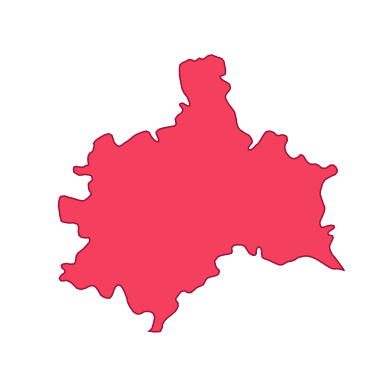 Orsha, Vitebsk, Belarus (Albers equal-area conic projection), rotated 79°
{"feature_id": "67162791B52368794321360", "entity_name": "Orsha", "entity_type": "district", "adm_level": 2, "iso_a3": "BLR", "parent_name": "Belarus", "parent_adm1": "Vitebsk", "projection": "albers", "projection_center": [30.362, 54.544], "detail": "fine", "context": "isolated", "style": "filled", "palette": "rose", "viewbox_px": 384, "rotation_deg": 79, "n_neighbors": 0, "source": "geoboundaries", "source_scale": "gbopen_adm2", "svg_char_len": 5319}
<svg xmlns="http://www.w3.org/2000/svg" viewBox="0 0 384 384"><g transform="rotate(79 192 192)"><path d="M320.4,260.7L321.8,256.5L322.7,252.3L322.7,249.6L319.2,247.0L316.4,246.3L313.2,243.6L311.1,240.7L308.9,236.4L306.2,231.5L304.3,229.4L301.6,227.5L298.2,226.9L296.3,228.1L293.8,228.6L292.0,226.5L289.1,223.5L288.0,221.9L287.4,219.8L287.9,217.3L289.4,216.3L290.1,215.1L290.5,212.1L288.2,208.1L286.7,205.4L285.7,200.8L285.0,198.5L282.6,196.5L280.5,194.8L279.0,192.0L278.8,188.6L278.8,186.7L278.6,184.1L277.8,181.9L275.3,180.3L273.5,180.6L271.2,182.4L267.2,183.0L263.8,182.9L260.6,178.8L260.0,176.5L259.8,174.1L259.8,171.9L259.9,167.5L259.7,165.1L258.3,163.9L256.6,163.9L254.6,163.8L253.0,162.4L252.4,160.5L252.3,158.7L252.8,156.1L253.3,153.8L255.2,150.7L260.1,148.7L263.4,147.3L265.7,144.4L266.0,142.0L264.7,140.7L262.0,140.2L259.5,138.9L258.5,136.7L259.7,135.5L261.1,135.0L263.2,134.9L265.1,135.4L269.6,135.5L271.2,133.8L273.8,129.3L275.6,127.0L277.2,124.8L279.4,121.5L280.4,119.7L280.5,116.7L279.5,113.9L278.7,111.2L278.9,108.2L278.3,104.3L276.6,100.5L276.4,97.0L276.4,93.3L277.1,90.4L278.3,87.6L281.4,82.9L286.0,77.9L289.5,74.3L292.2,71.4L294.1,68.9L294.7,66.4L295.3,62.9L297.7,57.9L294.6,58.9L292.1,60.3L290.5,60.9L288.0,62.1L286.0,63.2L284.1,64.0L280.4,66.2L277.4,67.0L275.5,67.5L273.5,67.6L271.6,67.4L270.4,66.7L268.6,65.6L267.6,64.7L266.1,63.6L264.6,62.6L263.0,62.1L261.8,62.5L260.9,64.6L259.9,66.0L258.7,66.6L257.5,65.7L256.7,64.6L256.3,63.3L255.7,61.8L254.7,59.9L253.6,58.9L252.3,59.1L251.4,60.8L251.1,63.0L251.1,64.9L251.4,67.7L251.8,69.8L251.1,71.9L248.3,72.5L246.3,72.3L244.6,71.5L242.9,70.2L240.0,68.2L237.3,66.4L235.1,65.3L233.3,64.9L231.9,64.7L229.0,65.4L225.3,65.8L222.4,66.3L218.5,66.6L215.9,65.9L213.3,64.8L211.9,63.9L208.6,62.4L207.3,60.9L205.5,59.3L204.5,56.9L203.8,55.0L203.2,52.9L202.5,50.1L202.3,48.5L201.3,47.0L200.0,45.7L197.5,45.3L195.0,46.1L192.5,47.9L192.1,51.1L193.1,53.6L194.2,55.8L193.7,58.7L192.8,60.6L191.6,61.3L190.4,62.4L189.0,63.8L188.1,65.7L187.9,67.6L187.3,70.2L186.4,71.5L185.1,72.7L183.3,73.7L181.2,74.6L178.1,75.6L176.5,77.4L176.3,79.0L177.6,80.4L178.6,83.0L178.8,85.4L177.9,87.6L176.6,89.0L174.7,90.3L171.3,92.1L168.2,92.5L165.3,92.3L163.4,91.5L161.3,90.0L159.7,88.6L156.1,88.4L154.6,89.3L153.1,92.4L153.2,95.0L152.8,97.8L149.5,100.1L147.8,102.5L146.9,104.7L147.0,107.6L148.3,109.5L150.7,111.9L153.3,114.0L155.1,115.8L157.4,118.2L158.4,120.4L160.4,123.0L161.8,125.8L161.7,127.5L161.2,128.5L158.8,127.9L157.3,126.4L155.9,124.7L154.7,123.4L152.1,123.2L149.5,124.1L147.1,125.3L144.9,128.3L141.6,131.6L140.0,133.1L138.4,134.0L136.0,134.7L134.1,134.9L132.0,134.9L128.7,134.7L125.4,134.8L121.7,135.0L119.7,135.8L117.0,137.1L113.7,138.8L109.7,140.4L107.5,140.9L105.6,141.2L103.3,140.4L101.6,138.8L99.8,136.5L98.0,134.8L95.7,134.5L93.5,134.6L92.3,135.7L90.5,137.6L88.4,140.1L87.0,141.2L85.5,142.2L84.0,142.3L83.5,141.0L83.5,139.5L82.9,137.2L80.9,136.3L78.5,135.9L73.9,135.8L70.3,135.7L67.1,137.1L65.5,139.4L64.4,141.6L63.0,143.8L61.8,145.6L61.3,146.3L61.3,149.3L61.6,151.0L62.7,152.8L63.8,155.3L63.4,157.2L62.0,159.4L62.8,161.0L63.9,162.9L64.0,165.0L62.3,167.1L61.4,169.8L62.7,173.4L63.3,176.6L64.9,179.5L68.5,180.8L74.9,181.9L80.9,182.1L84.4,182.1L88.7,182.0L93.1,180.9L95.2,180.0L97.9,178.5L101.4,177.8L105.1,177.3L107.0,177.9L106.8,179.7L105.2,181.6L102.8,184.4L103.1,187.0L104.6,187.5L106.5,186.4L108.7,185.4L111.1,185.9L112.8,188.0L113.8,191.0L117.1,194.5L119.6,194.5L122.3,194.5L123.9,196.6L123.7,199.6L123.7,203.8L123.7,207.9L124.0,211.6L125.0,214.3L126.7,215.9L128.3,215.9L130.8,215.2L132.9,214.9L135.0,214.8L136.3,215.4L135.0,218.1L132.4,220.0L129.2,221.6L125.7,222.5L123.5,225.0L123.8,229.7L125.0,235.9L126.7,239.7L129.2,244.2L131.4,249.7L133.4,253.9L132.4,256.4L128.7,258.9L125.2,259.3L121.2,259.8L118.9,262.6L119.2,266.8L121.1,272.5L123.1,276.8L125.6,279.5L127.4,278.9L133.0,281.5L134.7,285.4L137.2,287.1L140.2,288.0L145.8,288.4L145.9,291.7L146.9,293.5L146.5,296.0L145.9,298.2L144.8,300.9L145.0,303.1L147.4,304.1L150.1,304.0L151.8,302.3L153.9,299.7L154.3,296.7L154.4,293.8L155.3,290.5L157.1,287.5L160.9,287.3L162.4,289.5L163.7,291.9L165.6,292.4L168.7,292.7L170.8,292.6L172.8,291.5L175.3,291.5L177.8,295.0L178.7,296.7L180.1,300.1L179.3,302.5L178.3,305.1L176.6,308.0L175.1,310.9L173.6,314.3L171.6,317.8L171.3,321.7L173.3,323.3L177.1,325.0L181.2,325.8L184.3,325.8L188.7,326.1L192.0,326.1L195.8,325.8L197.2,323.4L198.9,319.0L199.7,314.0L201.9,310.4L205.2,309.9L209.0,311.2L213.2,311.2L215.6,308.8L217.0,304.4L217.0,302.4L218.9,301.3L221.1,301.9L224.2,305.5L227.5,310.1L228.6,312.3L230.2,315.6L232.7,317.8L238.2,319.7L240.1,321.4L239.6,325.5L238.2,328.5L238.2,331.0L238.2,332.7L239.1,334.3L241.0,334.3L242.1,333.8L244.0,332.1L246.2,331.8L247.6,333.5L248.4,335.7L250.0,337.4L251.2,338.7L253.9,337.9L254.7,335.4L254.7,332.4L257.2,328.5L260.2,326.3L264.6,323.3L266.5,319.4L266.0,314.5L265.1,311.7L264.6,308.7L265.9,305.4L269.8,303.2L275.8,301.2L278.6,298.5L279.7,296.0L280.5,293.2L278.8,290.8L276.6,289.1L273.0,287.2L270.3,284.8L269.4,283.1L269.4,280.9L271.1,279.5L273.3,278.4L277.4,277.3L283.4,276.2L287.8,276.2L292.2,275.1L294.9,274.0L298.5,272.3L301.0,269.8L301.8,266.2L301.2,264.0L300.4,261.9L300.4,260.5L300.9,257.2L302.8,253.9L304.5,253.1L307.7,252.5L311.0,253.8L314.9,255.5L317.9,257.1L319.6,259.0L320.4,260.7Z" fill="#f43f5e" stroke="#9f1239" stroke-width="1.5"/></g></svg>